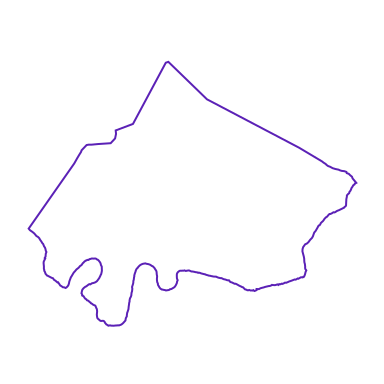 Almondale, Castries, Saint Lucia, rotated 88°
{"feature_id": "8701671B18648215649765", "entity_name": "Almondale", "entity_type": "district", "adm_level": 2, "iso_a3": "LCA", "parent_name": "Saint Lucia", "parent_adm1": "Castries", "projection": "orthographic", "projection_center": [-60.96, 14.019], "detail": "fine", "context": "isolated", "style": "outline", "palette": "violet", "viewbox_px": 384, "rotation_deg": 88, "n_neighbors": 0, "source": "geoboundaries", "source_scale": "gbopen_adm2", "svg_char_len": 6049}
<svg xmlns="http://www.w3.org/2000/svg" viewBox="0 0 384 384"><g transform="rotate(88 192 192)"><path d="M166.1,60.8L151.5,83.4L99.9,173.8L61.1,211.1L61.9,213.7L121.9,248.6L127.8,266.1L131.3,265.9L135.8,267.0L140.4,271.6L140.8,284.3L141.2,291.0L141.1,293.7L141.4,295.7L145.5,299.9L146.5,300.9L148.1,301.5L150.6,303.2L154.0,305.4L159.4,308.7L222.9,356.5L224.5,355.3L225.7,353.7L226.3,352.9L227.9,351.1L229.8,349.6L230.5,349.1L231.6,347.4L232.8,346.3L234.4,345.5L236.2,344.3L238.0,343.3L238.7,342.6L241.2,341.7L242.4,340.9L244.0,340.4L245.5,340.2L246.9,339.6L248.6,340.3L251.4,340.6L252.8,341.5L253.3,341.0L255.6,342.2L256.4,342.6L257.7,342.8L259.7,342.7L261.1,342.6L263.6,342.7L264.6,342.4L265.6,342.4L266.9,341.7L268.0,341.4L268.5,341.3L270.5,339.7L270.7,339.1L272.9,335.2L273.4,333.9L274.9,333.0L275.9,331.5L276.6,330.8L277.7,329.6L277.5,329.1L278.6,328.3L279.9,327.5L280.9,326.9L281.3,326.1L282.7,324.3L282.8,323.1L283.2,322.3L283.5,321.8L283.1,320.9L281.9,319.6L280.8,318.8L279.2,318.2L278.4,318.0L277.4,317.8L275.3,317.0L274.2,316.5L273.1,316.1L272.3,315.5L268.4,313.0L266.9,311.5L266.3,311.0L265.3,310.1L264.1,308.4L263.4,307.6L262.2,306.6L261.2,305.0L260.0,304.1L259.3,303.6L258.8,302.9L257.8,302.0L257.3,301.2L256.9,300.8L256.8,300.1L256.2,299.0L256.3,297.8L255.5,296.8L255.4,295.9L255.0,294.7L255.1,292.7L255.1,290.8L255.4,290.1L256.2,289.2L256.4,288.5L257.3,287.6L259.3,286.2L260.8,285.7L261.7,285.6L263.4,284.8L264.9,284.8L267.6,284.8L269.7,285.3L271.1,285.7L271.6,286.1L272.7,286.6L273.8,287.2L274.6,287.6L275.8,288.5L277.8,290.1L278.8,291.6L279.1,292.4L279.5,293.7L279.7,295.1L280.2,295.9L280.8,297.0L280.5,297.8L280.9,298.6L282.2,300.4L282.6,300.9L282.9,301.8L284.2,303.6L285.3,304.6L285.8,305.0L287.0,305.4L289.4,306.0L290.6,305.3L291.6,305.4L292.4,304.0L294.1,303.0L294.8,302.5L295.6,301.3L296.5,300.8L297.0,299.5L298.5,298.0L299.0,297.2L299.6,297.0L300.3,295.7L301.3,294.6L301.5,294.1L302.2,292.6L304.0,291.9L304.9,291.6L305.6,291.2L306.5,291.1L307.6,291.0L308.2,291.0L311.3,291.4L313.5,291.2L314.6,291.0L315.4,290.4L316.5,289.2L317.6,288.0L317.7,286.7L317.6,285.7L317.7,285.1L317.9,284.6L318.5,284.1L319.0,283.7L319.5,283.6L320.0,283.3L320.5,282.8L321.3,282.3L322.3,280.6L322.7,280.3L322.4,278.5L322.7,277.7L322.9,275.2L322.8,273.4L322.7,272.5L322.8,271.7L322.6,270.5L322.8,269.7L322.5,268.7L322.1,267.5L321.7,266.8L320.7,265.5L318.1,263.0L316.5,262.7L315.7,262.5L314.0,261.5L312.7,261.4L310.5,261.0L309.6,260.6L306.9,259.6L304.5,259.3L301.8,258.8L300.8,258.7L299.2,258.2L298.4,258.2L297.8,258.1L296.5,257.8L295.8,257.5L294.8,256.9L293.4,256.3L291.8,256.1L290.5,255.9L289.2,255.4L287.2,255.1L286.7,255.0L285.2,255.2L284.7,255.2L283.4,254.7L281.7,254.1L280.9,253.9L280.2,253.8L278.8,253.7L277.8,253.3L275.3,252.9L274.3,252.6L273.4,252.6L271.5,252.0L269.3,251.1L268.7,251.0L267.7,250.5L267.0,250.1L266.3,249.5L266.0,249.0L265.0,248.3L263.5,246.7L262.8,245.5L262.4,244.6L262.0,243.3L261.9,242.4L261.8,241.7L261.7,241.2L262.1,240.2L262.3,239.3L262.6,238.0L263.1,236.7L263.7,235.7L264.4,234.9L264.8,233.9L265.5,233.2L266.6,232.2L268.4,231.2L269.2,230.6L270.6,230.2L273.2,230.1L274.4,229.9L274.9,229.8L275.9,229.9L277.6,230.1L278.9,230.1L280.9,229.9L281.4,229.7L282.2,229.3L283.4,229.3L284.4,228.9L285.0,228.4L285.7,228.2L286.1,227.9L286.9,227.4L287.4,227.0L288.4,225.6L288.4,225.1L288.7,224.2L289.2,222.0L289.5,221.5L289.4,220.8L289.2,219.0L289.0,218.2L288.8,217.8L288.4,217.4L288.3,216.6L288.2,215.9L287.6,214.9L287.0,213.7L286.2,212.6L285.3,211.9L284.2,211.2L282.4,210.3L281.2,210.1L279.6,209.4L278.4,209.9L277.5,210.1L276.1,210.1L275.1,210.1L273.6,210.0L272.7,209.7L272.2,209.3L271.6,208.9L271.1,208.2L270.5,207.4L270.3,206.9L270.3,204.6L270.3,204.0L270.3,202.9L270.1,202.3L270.7,200.9L270.5,200.0L270.3,198.4L270.3,197.7L270.7,196.8L271.4,195.4L271.4,194.7L271.8,192.7L272.2,191.4L272.5,189.6L273.0,188.7L272.8,188.2L273.0,187.3L273.3,186.4L273.6,185.9L274.6,182.5L274.6,182.0L274.9,181.6L275.4,180.3L275.9,178.7L276.2,178.0L276.3,177.0L276.8,175.4L276.9,174.7L277.2,173.8L277.4,171.8L277.4,171.0L278.0,169.8L278.5,168.7L279.1,166.4L279.1,165.5L279.5,164.8L280.2,163.5L280.7,161.5L281.3,160.2L281.6,158.8L281.5,158.2L283.3,156.8L283.8,155.2L284.8,153.4L285.2,152.6L285.2,151.6L285.7,150.6L286.5,149.3L287.1,148.4L287.3,147.9L287.8,147.1L288.0,146.5L288.7,145.4L289.0,144.4L289.5,143.9L290.4,143.1L291.1,142.5L291.6,140.9L292.1,140.2L292.2,139.1L291.9,138.3L292.5,136.8L292.5,135.8L292.6,134.8L292.2,134.2L292.8,133.5L293.1,133.1L292.8,132.0L292.2,130.8L291.2,130.8L291.4,128.5L290.7,127.2L290.5,126.6L290.1,124.9L289.9,123.8L289.4,122.2L288.7,118.7L288.7,118.1L288.4,116.6L287.6,115.3L287.8,114.8L287.9,113.4L288.0,112.4L287.8,111.4L287.4,110.2L287.3,109.2L287.9,108.9L287.1,107.5L287.3,106.8L286.7,105.4L287.0,104.7L286.4,103.3L285.8,102.2L286.0,101.1L285.5,99.7L285.2,98.9L284.7,97.8L284.6,97.2L284.0,95.3L283.5,93.9L283.0,92.4L283.2,91.4L282.1,89.3L282.4,88.7L281.5,87.0L281.0,86.0L281.2,84.5L280.7,83.9L280.9,83.4L280.0,82.7L279.4,82.4L278.4,82.0L277.1,81.6L275.9,81.3L274.3,80.5L273.0,81.4L271.9,81.6L270.6,81.5L267.9,81.7L267.1,81.9L266.3,82.1L264.9,82.2L262.6,82.2L260.5,82.5L255.2,83.7L252.9,83.5L250.9,82.8L248.2,80.7L247.6,79.1L246.2,77.4L243.8,75.5L242.1,73.7L240.5,72.7L238.4,71.9L236.7,71.2L236.0,70.5L235.2,69.8L232.5,68.1L231.3,67.4L230.5,67.0L229.8,66.3L229.7,65.7L228.9,65.0L227.6,64.4L226.4,63.1L225.8,62.3L224.6,61.3L223.4,60.5L221.9,58.9L221.4,57.9L219.8,56.5L218.8,55.4L218.8,54.5L218.2,53.0L217.2,51.4L217.4,50.5L217.1,49.5L216.1,48.0L215.6,46.7L215.4,46.0L214.2,43.3L213.9,42.6L213.5,41.8L213.0,40.6L212.4,40.2L211.8,39.3L211.2,38.7L210.6,38.5L207.9,38.3L205.7,38.1L204.5,38.0L203.3,37.7L202.1,37.4L200.8,37.3L199.5,36.1L198.7,35.0L197.3,34.6L196.5,33.8L195.1,33.0L193.7,32.5L192.4,31.5L190.9,30.6L190.1,29.3L189.3,29.0L188.6,27.5L187.7,28.2L184.1,31.0L182.3,31.6L180.7,33.4L179.3,34.7L178.5,36.7L177.3,37.0L176.5,39.1L176.1,41.7L175.5,43.4L174.8,44.7L174.0,48.0L173.6,49.1L173.1,50.6L171.6,53.1L170.8,55.1L169.7,56.5L168.6,57.5L167.1,59.7L166.1,60.8Z" fill="none" stroke="#5b21b6" stroke-width="2"/></g></svg>